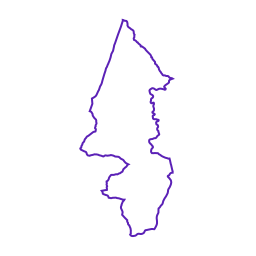 Itaúba, Mato Grosso, Brazil (Natural Earth projection), rotated 84°
{"feature_id": "56859067B4812959206421", "entity_name": "Itaúba", "entity_type": "district", "adm_level": 2, "iso_a3": "BRA", "parent_name": "Brazil", "parent_adm1": "Mato Grosso", "projection": "natural_earth1", "projection_center": [-55.553, -11.126], "detail": "fine", "context": "isolated", "style": "outline", "palette": "violet", "viewbox_px": 256, "rotation_deg": 84, "n_neighbors": 0, "source": "geoboundaries", "source_scale": "gbopen_adm2", "svg_char_len": 5867}
<svg xmlns="http://www.w3.org/2000/svg" viewBox="0 0 256 256"><g transform="rotate(84 128 128)"><path d="M234.3,137.0L234.6,136.7L235.3,136.3L235.8,135.4L236.0,134.4L235.9,132.6L235.8,131.8L235.5,131.2L234.5,129.8L234.3,129.1L234.3,128.3L234.7,126.7L234.8,126.0L234.7,125.0L234.2,123.6L233.7,123.0L231.8,121.8L231.5,121.3L231.4,119.9L231.2,118.2L230.9,115.1L231.0,114.1L231.4,112.5L231.1,112.1L229.1,110.7L227.8,109.9L226.7,109.4L225.8,109.1L223.7,108.9L220.6,108.9L219.5,108.7L218.8,108.5L217.8,108.1L215.9,106.9L215.4,106.6L212.1,106.2L211.2,106.0L210.4,104.9L209.9,104.4L208.7,103.5L207.6,102.1L206.8,101.5L204.2,100.5L201.9,99.0L199.9,97.3L197.0,95.4L195.1,94.8L194.3,94.7L193.7,94.5L192.8,94.0L191.2,92.7L188.7,91.3L186.8,90.7L185.3,90.7L184.4,90.9L182.2,92.2L180.7,93.4L180.1,93.5L179.7,93.2L179.3,92.1L178.9,91.7L178.0,91.1L177.4,90.4L177.1,89.5L177.0,88.8L177.1,88.3L175.9,88.1L174.3,88.4L169.2,89.0L168.4,89.2L164.6,89.6L162.7,89.9L162.7,91.1L162.2,92.0L161.7,93.3L161.4,94.1L160.0,96.5L159.2,97.7L158.3,98.5L157.6,99.6L157.2,100.1L156.6,100.5L156.2,100.9L156.1,101.4L155.7,104.1L155.7,105.3L155.5,106.8L154.6,107.4L153.9,107.5L153.4,107.5L152.0,107.1L151.3,106.7L150.0,105.3L149.5,105.2L148.8,105.3L147.8,106.1L147.0,106.4L145.8,107.5L144.7,108.2L144.0,108.4L143.1,108.3L142.4,108.2L141.9,107.8L141.6,107.2L141.5,106.5L141.5,105.7L141.5,104.9L140.9,103.0L141.0,102.1L140.9,101.5L140.6,101.0L140.1,100.5L139.0,99.6L137.9,97.8L137.5,97.6L136.4,97.8L135.8,98.0L135.0,98.2L134.3,98.1L133.7,98.5L133.2,98.9L132.7,99.1L131.9,99.1L131.2,98.9L130.3,98.1L129.8,97.9L128.5,98.0L127.8,98.6L127.5,99.2L127.1,99.4L125.7,99.5L124.8,99.0L124.4,98.3L124.4,97.6L124.1,97.0L123.4,96.7L123.0,97.1L122.8,97.8L122.2,99.1L122.0,100.7L121.8,101.5L121.2,102.1L118.7,102.2L118.3,102.0L118.0,101.3L117.8,100.5L117.2,100.0L116.8,100.1L115.4,102.0L114.8,102.1L113.7,100.8L113.2,100.4L112.8,100.3L111.5,100.1L109.0,100.6L108.4,100.5L107.0,99.7L106.0,99.6L105.5,99.9L105.5,100.6L105.9,101.6L105.7,102.3L105.2,102.7L104.4,102.8L103.3,102.3L102.0,102.1L101.3,101.8L100.9,101.2L100.5,100.4L99.9,99.9L99.3,99.7L98.8,99.7L98.3,99.9L97.8,100.3L96.6,102.0L96.2,102.3L94.2,102.7L92.9,102.7L92.3,102.3L91.8,101.6L91.0,99.9L91.0,99.3L91.4,98.2L92.8,96.5L93.1,96.0L93.1,95.4L92.3,93.2L92.2,92.1L92.3,91.2L92.9,89.4L93.2,88.5L93.8,87.3L93.6,86.7L93.0,86.4L92.3,86.8L91.2,87.6L90.7,87.7L90.2,87.4L89.3,86.3L87.6,83.2L87.2,82.7L86.7,82.4L85.5,82.3L85.0,82.0L84.5,81.4L84.2,80.8L83.6,78.4L83.2,78.9L83.1,79.4L82.7,80.1L82.6,80.9L82.3,81.4L81.5,82.0L80.8,82.4L80.4,83.2L80.4,83.8L80.2,84.7L79.5,85.9L79.5,86.9L79.2,87.6L78.9,88.0L78.1,88.3L76.6,89.3L75.7,89.6L75.0,90.2L72.9,91.1L72.3,91.1L71.7,91.1L71.1,91.4L70.4,91.6L70.2,92.1L69.8,92.4L69.1,92.4L68.1,93.0L67.7,93.4L67.4,94.0L66.5,94.4L65.6,94.2L64.9,94.3L63.4,95.5L62.8,95.7L62.4,96.3L61.7,96.5L60.9,96.6L60.3,96.8L60.1,97.4L59.5,97.3L57.5,98.0L53.3,101.4L52.8,101.7L52.2,102.2L51.6,102.5L50.9,102.7L50.6,103.2L49.9,103.8L49.3,104.5L48.8,105.1L48.3,105.7L48.4,106.5L47.8,106.9L47.2,106.8L46.7,107.1L44.9,108.9L43.9,109.4L43.6,110.1L43.2,110.3L42.2,111.0L41.6,111.7L41.0,112.8L40.4,112.8L39.9,113.0L39.3,112.9L38.3,112.2L36.7,112.1L36.0,111.7L34.8,112.3L32.6,112.3L32.0,112.4L31.4,112.8L30.6,113.7L30.3,114.3L29.1,115.4L27.9,116.8L27.6,117.1L26.9,117.5L25.9,117.8L24.7,117.6L23.8,117.6L22.3,117.8L21.8,118.1L21.4,118.4L21.2,119.0L21.1,119.6L20.9,120.3L20.2,121.3L20.0,121.9L20.7,121.9L26.6,124.5L34.1,128.2L42.5,132.1L44.3,133.1L45.5,133.4L49.7,134.8L52.6,136.8L56.1,138.0L59.2,139.4L61.5,140.7L62.1,140.9L62.5,141.3L65.2,142.7L65.9,143.3L66.8,143.8L68.6,144.4L71.9,145.9L77.7,148.3L80.4,149.3L81.4,149.8L82.3,150.3L82.8,150.8L84.5,151.8L85.1,152.0L87.4,153.1L88.1,153.7L91.7,155.8L93.0,156.9L93.3,157.4L94.2,159.1L94.9,160.8L100.2,160.9L107.3,164.3L107.5,163.8L108.0,163.0L108.6,162.6L110.3,161.8L111.6,161.8L112.1,161.7L114.3,160.6L116.3,159.0L116.8,158.9L117.5,158.8L118.6,159.0L119.8,158.8L120.4,158.9L121.7,159.8L122.3,160.0L123.0,160.0L123.8,160.6L124.7,160.8L125.8,160.1L126.5,160.2L128.0,160.7L128.2,161.3L128.2,162.4L128.5,163.2L131.6,168.2L132.1,169.5L132.6,170.1L133.6,170.9L134.3,171.7L134.9,172.2L136.9,173.1L137.9,174.3L138.5,174.8L139.8,175.2L140.9,176.1L141.5,176.3L142.4,176.5L142.8,176.8L143.2,177.5L143.6,177.6L144.6,177.1L146.4,174.3L147.2,172.8L147.5,172.3L148.7,171.8L149.3,171.8L150.1,171.5L150.7,171.1L151.1,170.7L151.6,168.9L151.3,168.3L151.0,165.6L150.7,164.1L151.0,162.0L151.5,160.4L152.1,159.4L152.8,157.4L153.4,156.3L153.7,155.6L153.6,155.0L153.3,154.6L153.0,153.9L152.9,153.2L153.4,151.3L153.3,148.7L153.1,147.9L153.4,146.9L154.0,145.3L155.0,143.8L155.1,143.3L155.6,140.7L155.9,140.1L156.3,139.6L157.6,138.5L158.3,137.6L158.7,136.8L159.3,136.1L159.8,135.7L160.8,135.2L162.4,134.0L162.9,133.4L164.2,131.4L164.6,132.4L165.9,133.3L166.3,133.7L167.3,135.4L167.8,135.8L168.3,136.7L168.9,137.1L170.8,138.1L171.1,138.7L171.3,139.3L172.0,140.3L172.2,140.9L172.2,141.5L173.0,143.3L172.8,144.3L172.8,145.4L173.0,146.1L173.1,146.8L173.1,147.8L173.0,148.3L172.9,149.3L173.0,149.8L173.8,150.6L174.6,151.4L175.8,152.2L176.8,152.5L177.3,152.8L178.3,153.7L178.7,154.3L178.8,154.8L179.4,155.0L180.6,154.8L181.1,154.9L181.7,155.2L182.3,155.2L183.7,154.8L184.6,155.4L186.6,155.3L187.4,155.5L187.4,157.0L187.7,160.7L188.6,160.2L189.3,160.0L190.7,159.9L191.1,159.5L191.5,158.7L192.4,156.9L192.6,156.2L193.2,155.2L194.3,154.7L195.3,154.5L195.8,152.9L196.0,152.3L196.0,151.6L195.8,150.7L196.0,147.3L196.5,146.4L197.0,144.4L198.7,140.6L198.9,139.1L199.6,139.6L200.3,140.5L200.9,141.0L203.5,142.4L204.1,142.5L205.3,143.1L206.0,143.3L207.2,143.3L210.1,142.3L210.7,142.2L211.5,142.2L213.7,142.9L217.0,140.5L219.6,138.4L220.6,138.6L221.2,138.5L222.4,137.9L223.3,138.0L224.0,137.8L225.0,136.9L225.9,136.7L228.1,136.0L230.5,135.9L231.4,136.1L232.7,136.2L233.1,136.2L233.7,136.6L234.3,137.0Z" fill="none" stroke="#5b21b6" stroke-width="2"/></g></svg>